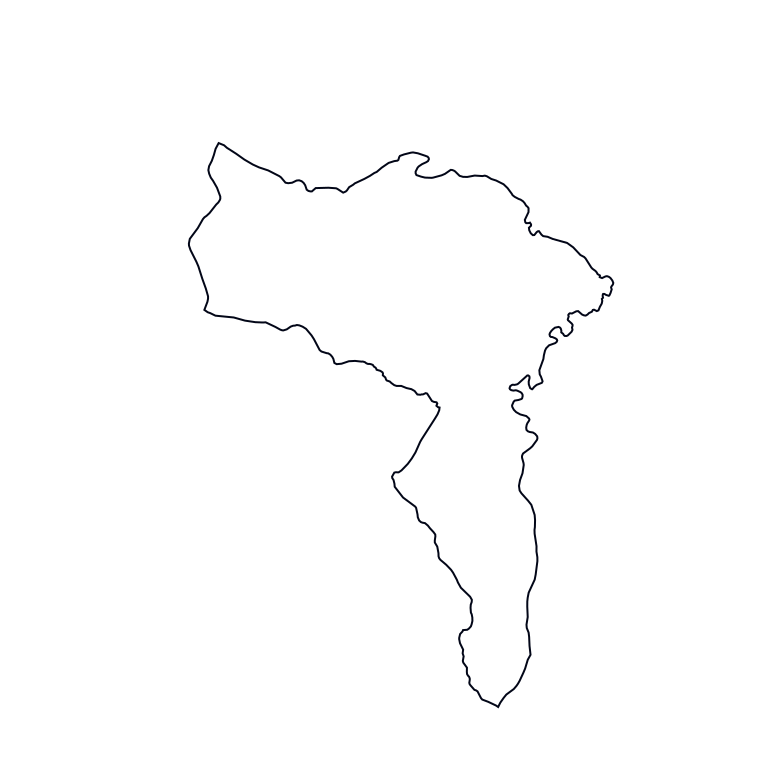 the district of Liquiçá, Liquica, East Timor, rotated 298°
{"feature_id": "22284137B50300896823957", "entity_name": "Liquiçá", "entity_type": "district", "adm_level": 2, "iso_a3": "TLS", "parent_name": "East Timor", "parent_adm1": "Liquica", "projection": "albers", "projection_center": [125.317, -8.659], "detail": "fine", "context": "isolated", "style": "outline", "palette": "ink", "viewbox_px": 768, "rotation_deg": 298, "n_neighbors": 0, "source": "geoboundaries", "source_scale": "gbopen_adm2", "svg_char_len": 6166}
<svg xmlns="http://www.w3.org/2000/svg" viewBox="0 0 768 768"><g transform="rotate(298 384 384)"><path d="M519.1,124.9L512.6,124.9L506.2,126.3L500.2,127.2L494.2,127.3L490.4,128.5L487.6,130.9L484.9,134.2L483.2,137.6L478.9,144.4L472.7,151.4L470.7,152.5L469.4,152.7L466.5,152.5L463.7,151.6L453.0,149.7L449.0,148.3L446.9,147.2L444.6,146.7L434.2,146.4L421.0,144.4L416.4,145.8L414.6,146.9L411.4,150.3L403.9,160.9L400.7,164.9L391.6,174.2L384.6,181.9L378.8,187.5L376.7,188.6L373.7,189.5L365.1,190.6L364.6,194.7L365.0,197.2L365.2,203.1L372.2,220.1L374.7,231.5L378.2,241.4L381.4,248.1L382.9,250.6L383.4,261.3L383.3,267.0L383.6,268.9L384.1,270.0L386.6,272.5L390.9,274.7L392.8,276.4L393.8,278.0L395.2,279.4L396.0,281.7L396.4,285.2L396.1,289.3L392.9,297.2L390.7,301.1L383.8,311.2L383.3,313.5L384.3,318.9L384.9,320.5L384.7,322.9L383.7,325.5L382.4,327.5L379.3,330.3L379.3,332.9L382.0,337.0L387.6,342.3L390.8,347.6L393.1,353.4L393.9,354.8L394.3,356.8L394.0,358.8L394.2,360.4L395.0,361.9L395.4,363.4L395.6,365.1L394.6,367.1L394.5,368.7L394.0,369.8L393.1,370.8L393.9,374.6L393.6,377.2L392.9,378.1L391.1,378.9L390.4,382.1L388.8,383.8L388.4,384.9L388.9,387.9L388.3,390.1L387.8,393.6L388.2,396.0L390.4,400.1L391.0,405.8L392.3,410.6L392.2,414.3L390.4,418.4L391.6,421.2L392.5,422.1L393.1,423.3L395.5,425.1L395.8,426.6L391.5,434.3L391.6,436.3L392.5,439.0L391.8,440.2L389.4,440.5L388.9,442.7L389.3,444.1L386.7,445.1L382.3,445.5L377.2,445.2L352.9,443.2L349.9,443.1L338.3,443.9L331.3,443.5L324.6,442.5L315.9,440.0L312.9,438.4L311.5,435.7L310.6,434.7L306.0,434.6L304.7,435.6L303.8,437.4L300.9,440.0L298.3,441.7L292.7,454.1L290.4,469.2L289.7,470.5L284.6,474.8L282.2,476.4L280.0,479.1L279.4,481.4L279.6,483.0L280.4,485.5L279.6,489.2L278.2,492.3L276.5,497.2L275.2,499.9L273.6,500.9L269.7,502.3L267.9,503.3L265.4,507.4L260.2,511.5L257.4,513.1L256.0,514.6L255.2,516.4L253.6,523.8L251.4,530.5L249.8,533.6L245.3,540.3L243.5,542.4L240.2,547.5L236.6,559.9L234.7,562.9L232.6,563.8L229.9,564.2L227.0,565.5L222.9,568.1L221.9,569.5L219.3,571.6L216.3,573.3L212.9,574.2L210.7,574.5L207.9,573.8L206.1,572.9L203.8,569.3L202.4,569.5L199.0,568.6L195.4,569.5L194.1,570.1L190.8,572.8L186.6,578.6L183.1,579.9L180.9,582.2L176.5,583.6L175.2,584.8L172.5,590.4L168.7,592.3L166.9,593.5L165.9,595.1L165.5,596.5L164.3,597.9L163.1,598.6L160.2,599.6L159.2,600.5L158.6,601.7L156.4,607.4L156.7,609.1L156.5,610.9L152.2,617.1L151.5,618.9L152.3,625.2L152.7,633.9L152.4,636.4L157.3,636.3L163.0,637.0L167.2,637.8L175.6,641.8L179.7,642.7L182.3,643.0L185.6,643.1L194.6,642.6L199.0,642.2L208.0,640.4L213.7,640.5L221.0,635.5L228.8,630.9L232.4,628.4L235.6,624.6L238.4,622.8L245.7,620.3L254.7,615.0L259.3,612.6L262.8,611.2L267.7,609.7L282.0,608.9L286.9,607.4L299.6,602.6L303.1,600.7L307.6,597.3L312.4,594.8L322.5,587.3L325.8,585.4L328.5,584.4L334.7,581.3L339.1,578.5L346.5,570.8L348.6,566.0L352.0,556.7L353.6,553.8L357.4,551.0L363.1,549.2L370.2,548.2L378.1,545.4L379.7,544.3L383.7,540.5L385.1,539.7L386.2,539.5L387.9,539.4L395.8,543.2L398.6,544.2L406.3,545.3L407.7,545.1L408.8,544.5L409.7,543.8L410.9,540.9L411.1,538.3L410.0,535.1L409.8,533.2L410.4,531.3L412.3,530.0L414.8,529.2L416.6,529.0L419.9,529.3L420.9,529.1L421.6,528.3L422.5,524.7L421.1,518.6L421.2,513.9L422.2,510.7L424.1,507.9L425.3,507.1L429.2,506.8L430.7,507.2L433.0,510.2L435.3,512.4L436.1,512.7L438.4,512.1L439.7,511.3L440.6,509.8L440.9,508.4L440.7,504.9L440.4,503.4L438.9,501.3L438.3,499.2L438.5,497.7L439.1,496.9L439.8,496.7L441.4,496.5L443.2,497.4L443.8,498.0L444.5,499.7L446.1,501.6L447.2,502.3L458.8,506.5L459.3,507.4L459.0,508.8L457.7,509.7L454.1,510.6L451.7,512.0L449.0,515.0L448.8,516.9L449.0,517.4L452.0,518.0L454.9,519.2L459.1,522.8L460.7,522.8L461.2,522.4L464.2,519.1L465.6,517.0L469.1,514.7L480.9,513.0L484.4,511.7L489.1,510.5L491.7,510.4L495.7,511.6L500.5,516.0L502.3,516.7L503.8,516.5L504.5,515.7L504.8,514.0L504.5,510.6L503.9,509.2L504.2,508.0L505.6,506.8L507.0,506.6L509.2,506.8L511.7,507.5L514.0,508.5L516.4,511.4L516.4,513.1L515.8,514.2L514.3,515.6L512.8,516.3L512.4,518.6L511.5,520.0L511.3,521.0L512.0,522.5L512.5,523.0L513.2,523.5L518.2,525.1L520.3,525.0L522.1,523.5L523.8,523.2L524.8,522.7L525.5,521.4L526.7,516.5L527.3,515.9L530.3,515.4L531.4,514.3L532.7,514.4L533.7,514.9L534.5,516.9L538.4,519.6L539.5,521.2L538.3,526.4L538.5,528.4L539.1,530.0L540.9,531.1L542.9,531.7L545.4,533.6L547.4,533.6L548.2,534.5L548.3,537.7L549.7,538.8L553.4,538.4L557.2,538.5L559.9,537.7L561.4,536.4L563.0,536.9L564.4,535.7L565.8,535.2L566.4,535.2L567.0,536.3L566.9,538.1L567.4,541.1L568.1,541.4L570.6,541.3L574.5,540.6L575.8,539.2L576.7,539.0L579.3,539.4L580.9,539.0L582.6,537.0L583.9,534.2L584.2,532.3L584.0,530.8L583.8,530.1L582.9,529.0L579.9,526.8L579.6,524.3L581.2,523.7L581.3,521.0L582.4,519.4L583.1,517.6L583.6,514.0L584.2,512.3L589.5,503.0L590.1,501.1L590.1,496.8L593.5,486.9L594.5,479.4L591.3,464.9L590.8,459.4L589.3,455.1L589.8,452.9L591.7,449.0L591.0,448.1L589.8,447.5L586.1,446.8L585.3,445.5L586.0,442.8L587.9,440.1L590.0,438.6L592.8,439.5L594.0,438.9L595.0,437.1L594.1,436.4L592.8,434.0L593.1,432.9L595.0,431.3L603.6,430.9L607.1,429.1L607.9,427.4L608.2,425.8L609.8,423.1L610.6,420.9L610.9,418.0L610.6,416.0L610.6,411.5L611.1,408.8L611.9,407.6L615.0,401.1L616.5,395.8L616.3,387.5L615.4,382.5L615.7,377.2L615.3,375.2L613.8,373.3L610.6,366.2L605.9,360.3L604.0,356.5L603.3,353.0L605.1,346.9L605.2,345.6L605.0,343.9L604.4,342.4L598.2,339.2L595.3,336.9L589.3,330.5L588.4,329.3L585.5,323.3L584.5,319.4L583.7,314.6L584.9,313.0L586.4,312.2L590.8,312.1L592.4,312.5L596.0,314.4L599.7,317.2L601.5,318.2L603.6,318.1L604.5,317.4L605.2,315.8L604.9,313.3L603.6,305.6L602.1,300.9L600.9,299.2L596.1,293.9L592.9,291.0L591.4,290.9L588.6,291.5L587.5,291.0L585.6,288.4L581.4,284.3L573.9,280.4L567.8,278.0L565.8,276.4L561.2,273.9L555.9,270.4L547.4,264.0L545.6,263.3L541.4,260.8L537.5,260.4L535.9,259.8L533.8,258.1L534.4,251.2L534.3,249.8L531.2,242.8L524.9,231.7L520.2,229.9L519.5,228.6L519.0,226.6L519.3,224.5L522.5,221.1L523.8,218.7L524.4,216.1L524.0,213.4L522.6,211.3L518.6,208.4L516.3,205.1L515.5,202.5L518.1,196.0L518.4,194.0L518.2,181.5L516.6,172.0L516.2,165.2L516.6,155.4L517.9,145.4L518.8,134.4L519.7,130.7L519.1,124.9Z" fill="none" stroke="#020617" stroke-width="2"/></g></svg>